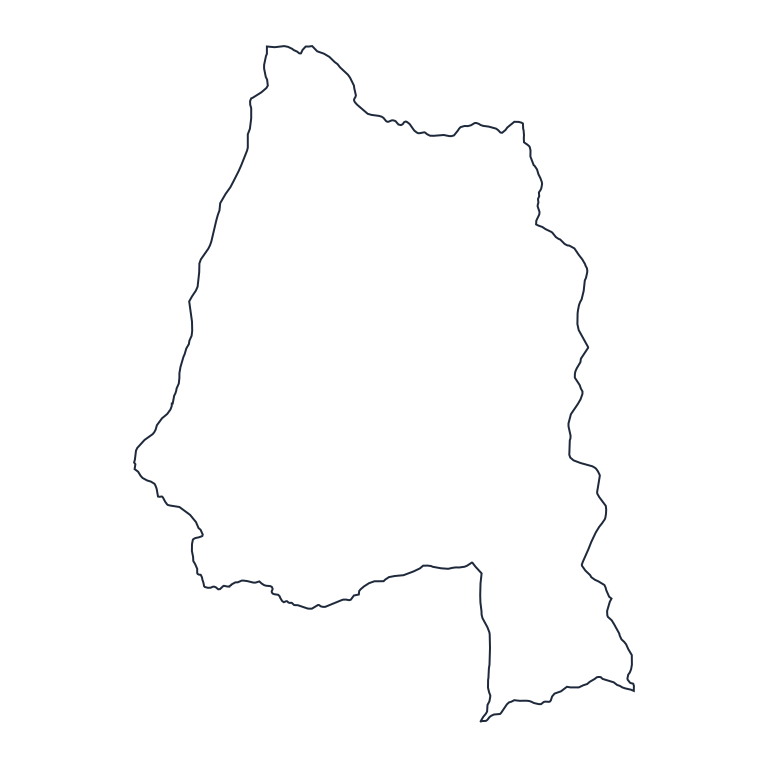 La Merced, Caldas, Colombia
{"feature_id": "7082276B22025402112041", "entity_name": "La Merced", "entity_type": "district", "adm_level": 2, "iso_a3": "COL", "parent_name": "Colombia", "parent_adm1": "Caldas", "projection": "albers", "projection_center": [-75.549, 5.392], "detail": "fine", "context": "isolated", "style": "outline", "palette": "slate", "viewbox_px": 768, "rotation_deg": 0, "n_neighbors": 0, "source": "geoboundaries", "source_scale": "gbopen_adm2", "svg_char_len": 6089}
<svg xmlns="http://www.w3.org/2000/svg" viewBox="0 0 768 768"><path d="M633.8,690.9L633.9,685.9L633.3,683.9L632.8,683.5L631.4,683.3L630.0,682.7L627.7,679.7L627.4,678.6L628.2,674.7L629.8,672.5L631.1,669.2L631.9,664.7L631.8,655.1L628.3,649.2L626.1,644.3L624.2,641.9L621.5,639.4L619.8,635.8L619.2,633.5L614.2,624.4L611.7,620.3L607.9,616.9L607.3,615.3L607.1,611.0L609.8,601.8L611.5,598.6L609.1,596.7L606.2,590.0L605.6,587.6L604.4,585.0L598.3,581.3L595.1,579.9L591.3,577.2L590.2,575.2L585.3,570.5L582.0,565.8L581.8,564.8L582.7,562.1L588.5,549.0L591.3,541.9L595.8,532.4L599.3,526.7L601.9,523.5L604.7,519.4L605.3,518.0L606.0,513.8L606.2,509.6L605.8,505.9L599.3,497.2L597.3,493.7L597.1,492.2L599.8,475.9L599.7,475.0L597.9,471.3L596.3,469.0L595.3,468.0L592.4,466.3L580.5,463.0L573.6,460.4L570.3,457.6L569.3,454.8L569.8,440.3L570.4,438.6L570.6,435.9L568.5,426.3L568.5,423.4L570.9,414.2L577.7,404.2L580.5,399.4L582.4,394.1L582.5,391.5L580.9,388.6L579.7,385.1L575.1,378.1L574.8,377.2L574.9,373.9L575.4,371.4L576.7,368.4L580.4,362.2L580.9,358.7L588.1,347.8L588.1,347.1L578.7,330.1L577.4,324.1L577.6,313.3L578.0,310.2L579.0,305.1L580.1,302.1L581.6,299.4L583.7,290.8L584.8,280.5L586.0,277.8L587.2,272.4L587.3,270.6L586.9,268.2L585.5,265.6L585.1,264.2L582.3,259.4L578.8,254.9L574.4,248.4L569.3,245.6L567.4,245.4L564.7,244.0L560.2,239.5L558.6,238.9L555.9,237.1L552.2,232.5L551.1,231.8L545.5,229.1L542.4,227.0L538.2,225.5L536.1,224.4L536.3,220.7L539.2,214.6L539.4,213.6L539.5,211.9L537.6,206.3L537.8,204.5L538.4,202.7L538.0,199.0L539.2,196.3L538.9,192.4L540.5,190.1L541.3,188.3L542.1,183.9L541.8,182.0L540.3,177.9L538.5,174.4L537.0,169.4L534.5,165.7L533.7,165.2L530.4,156.5L530.5,150.3L529.8,147.3L529.4,146.4L527.7,144.9L524.0,142.3L523.8,138.0L524.0,135.4L523.6,130.2L523.2,129.1L522.9,123.5L521.6,122.7L518.7,121.9L514.3,121.8L507.3,127.5L505.5,130.0L502.1,132.8L500.4,132.5L498.0,130.0L496.0,128.6L488.7,126.6L483.3,125.9L480.8,125.1L478.7,123.8L476.2,123.0L474.8,123.0L470.9,125.3L467.8,126.1L464.5,126.0L460.6,127.1L459.0,128.8L458.0,130.4L454.0,135.4L451.5,136.1L449.3,136.1L443.8,135.0L433.7,135.8L430.0,135.7L426.9,134.1L425.3,132.7L424.3,132.3L419.7,133.2L418.1,133.2L416.6,132.4L414.2,130.5L409.6,124.0L407.2,122.1L405.9,121.5L404.2,122.1L402.7,124.2L401.0,125.1L398.4,124.5L395.6,121.2L394.8,120.8L392.9,120.3L391.6,120.4L388.6,121.7L387.4,121.8L386.1,121.1L383.5,117.9L381.7,116.7L379.0,115.9L371.5,114.9L367.7,113.8L357.1,104.7L354.8,102.1L354.0,100.3L354.2,99.1L355.5,96.8L355.9,95.4L354.3,88.4L353.9,85.5L350.0,77.6L348.0,74.8L340.0,67.3L337.6,64.2L334.5,61.9L329.4,56.9L324.0,53.7L317.2,51.3L312.2,46.1L309.0,46.5L305.7,46.5L302.5,50.0L301.0,53.3L300.1,53.5L299.0,53.2L297.3,51.7L293.6,50.0L292.3,48.9L287.9,46.8L284.2,46.1L274.7,47.2L266.9,46.5L266.9,53.9L266.0,55.9L264.1,64.9L264.1,68.6L265.8,77.0L267.1,79.6L267.8,85.6L266.4,88.0L261.4,92.3L252.8,97.7L251.2,98.4L250.1,101.0L250.2,104.7L251.2,108.1L251.2,118.3L249.9,128.8L247.8,134.3L247.8,147.6L247.1,150.5L241.1,165.6L238.7,171.0L233.9,180.5L230.4,187.2L225.6,193.9L220.2,203.2L219.5,210.3L217.8,215.0L216.3,220.4L211.3,241.6L210.0,245.3L208.3,248.7L200.9,259.3L199.4,263.4L199.2,272.3L197.6,286.7L195.9,290.6L192.0,296.4L189.2,301.4L192.0,321.7L192.2,330.8L191.6,335.8L189.4,340.7L188.9,344.0L186.3,348.5L184.6,354.3L183.5,356.7L180.5,366.9L179.4,373.3L179.4,377.9L178.8,383.5L176.6,388.5L176.2,390.8L175.3,393.6L174.2,395.6L172.7,403.5L171.8,403.5L171.7,406.2L170.5,409.4L167.3,413.9L162.0,418.3L156.9,425.2L155.6,429.7L154.2,432.3L152.6,434.2L144.6,439.9L137.3,447.9L136.0,450.6L134.9,459.6L134.1,462.5L135.4,464.2L134.6,469.1L138.1,471.7L140.6,475.8L142.6,478.0L147.2,480.5L150.9,481.6L154.5,483.8L155.3,485.2L156.6,488.6L158.0,496.5L159.5,496.8L161.9,496.5L162.9,497.4L165.1,501.6L167.1,504.4L167.7,504.9L169.9,505.5L179.4,507.0L190.1,514.9L196.0,522.1L198.5,528.0L200.6,529.8L202.7,534.5L202.4,535.9L201.5,536.4L198.6,537.4L195.5,538.0L193.9,538.8L192.9,539.6L192.0,544.1L191.9,551.0L193.1,557.0L193.3,561.0L195.1,564.0L197.2,568.8L197.2,572.9L197.6,573.9L198.8,574.6L200.7,574.8L202.0,577.4L202.4,579.7L203.4,582.6L204.1,586.2L204.9,587.0L207.8,587.8L210.7,587.7L212.9,586.7L214.3,586.7L215.7,587.2L218.2,589.3L220.0,589.1L223.1,586.2L223.9,585.8L227.2,586.5L229.3,586.6L229.3,586.2L231.2,585.1L231.3,584.6L234.9,582.6L235.8,582.3L237.8,582.3L241.7,580.6L243.6,580.6L247.3,581.1L253.4,582.6L255.6,582.6L259.3,581.4L261.6,583.5L264.1,585.1L265.9,585.7L270.3,586.1L271.8,586.9L272.6,588.7L272.5,589.6L271.7,591.2L271.8,592.3L272.3,593.1L272.9,593.7L274.2,594.2L278.2,594.8L279.7,596.4L280.2,597.8L282.1,601.0L283.8,602.2L286.2,601.2L287.2,601.3L288.4,602.5L289.5,602.9L291.5,602.8L292.0,603.0L293.8,604.8L294.6,605.1L297.8,605.2L307.9,608.6L311.8,608.7L318.0,605.0L319.1,605.1L320.9,606.4L323.1,606.9L325.1,606.9L341.7,600.1L343.3,599.6L346.1,599.6L349.2,600.2L350.8,599.7L353.9,595.5L358.8,594.5L359.2,591.0L360.6,589.3L364.0,586.4L369.0,583.2L374.3,581.3L383.6,581.2L385.2,579.6L389.0,577.1L394.8,576.0L403.5,575.2L413.6,571.4L419.9,568.4L423.1,565.7L427.6,565.6L430.9,566.0L432.8,566.8L441.2,568.3L448.2,568.8L452.7,567.8L455.9,567.4L459.2,567.5L464.7,566.7L467.1,565.7L471.8,562.6L472.4,562.7L475.4,566.6L481.6,573.4L480.5,583.5L480.2,595.1L480.4,602.3L481.5,611.3L481.6,614.7L482.5,618.2L487.4,627.2L489.4,632.4L489.7,634.6L490.0,647.9L489.5,664.7L488.9,668.3L488.4,678.4L488.1,679.7L488.0,687.7L489.1,692.3L490.3,695.5L490.2,697.1L489.4,701.4L487.5,704.9L487.1,711.5L485.9,713.7L483.2,716.9L480.3,721.9L481.6,721.1L485.8,720.9L486.4,720.6L487.5,719.7L489.5,717.1L491.3,715.7L494.0,714.5L500.0,714.0L501.1,712.9L506.9,704.3L509.0,702.4L511.1,701.8L514.3,700.2L519.6,700.8L526.4,700.7L529.2,701.0L531.3,701.7L533.9,703.0L538.6,704.1L541.1,704.1L543.7,702.0L545.3,701.6L548.3,701.8L549.7,701.7L550.8,700.5L552.1,696.5L554.5,693.6L561.0,691.3L566.9,686.8L570.4,687.4L578.8,687.4L583.2,685.3L587.2,684.0L589.6,681.9L594.6,679.0L596.8,677.3L598.1,677.0L600.1,677.0L600.9,677.3L602.6,678.9L613.7,682.3L617.2,685.0L619.9,685.9L622.3,687.4L625.3,688.4L631.0,689.7L633.8,690.9Z" fill="none" stroke="#1e293b" stroke-width="2"/></svg>